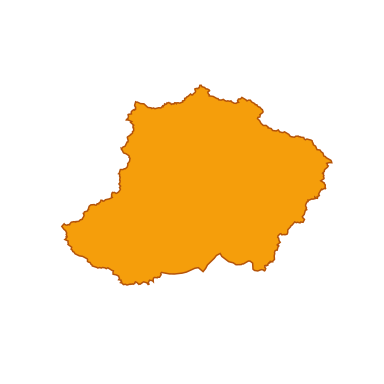 outline of Thayet, Magway, Myanmar, rotated 145°
{"feature_id": "60261553B17186200244276", "entity_name": "Thayet", "entity_type": "district", "adm_level": 2, "iso_a3": "MMR", "parent_name": "Myanmar", "parent_adm1": "Magway", "projection": "orthographic", "projection_center": [95.047, 19.416], "detail": "fine", "context": "isolated", "style": "filled", "palette": "amber", "viewbox_px": 384, "rotation_deg": 145, "n_neighbors": 0, "source": "geoboundaries", "source_scale": "gbopen_adm2", "svg_char_len": 6028}
<svg xmlns="http://www.w3.org/2000/svg" viewBox="0 0 384 384"><g transform="rotate(145 192 192)"><path d="M312.8,183.8L310.8,183.0L310.0,181.8L308.6,181.5L306.8,179.8L306.2,178.4L304.4,178.2L302.5,173.6L301.6,172.5L302.8,171.5L303.8,169.9L301.6,167.6L300.4,165.3L301.0,162.8L302.4,162.2L300.7,160.5L301.3,159.9L301.0,159.3L301.4,158.6L302.4,158.6L301.6,157.6L301.3,155.5L299.5,154.6L298.6,153.1L295.3,151.9L295.2,151.5L293.4,150.8L293.2,150.2L291.3,149.9L290.6,150.7L289.8,150.8L289.0,149.4L288.5,146.8L287.9,146.8L287.3,146.2L283.2,146.2L281.1,143.6L281.0,141.4L280.1,141.2L279.8,142.8L277.4,144.1L275.3,142.1L275.1,140.8L274.1,142.5L272.9,143.5L271.9,143.6L269.5,141.6L269.0,141.9L267.5,140.8L264.7,142.0L264.5,143.1L263.1,143.6L257.5,137.9L253.4,134.9L246.6,131.2L242.5,129.6L233.4,127.9L230.2,126.4L228.6,120.4L224.8,121.5L221.2,123.4L211.9,124.9L208.4,126.0L204.2,125.5L204.5,122.1L201.9,113.9L198.8,110.3L197.7,107.2L193.3,104.3L191.9,104.2L191.2,103.6L185.4,103.1L184.0,102.0L183.1,99.0L186.3,93.8L185.8,91.9L183.4,89.6L179.8,88.7L178.3,87.3L178.0,85.9L177.3,85.8L175.5,87.0L175.6,88.5L175.3,88.5L174.7,89.9L173.4,89.5L173.3,88.9L171.7,88.6L171.4,89.3L169.6,89.9L169.3,89.4L168.6,89.5L168.5,89.9L167.8,90.3L167.3,90.0L167.2,89.3L166.2,88.7L166.2,89.1L165.7,88.9L163.1,89.5L161.3,92.5L159.5,94.2L159.0,95.3L157.7,96.2L156.2,96.0L155.6,95.5L153.2,97.6L151.8,98.0L152.0,99.0L152.5,99.2L152.6,99.8L152.3,99.9L148.6,100.2L148.6,102.2L147.5,104.5L147.8,105.7L146.6,106.8L143.8,107.2L143.1,106.9L143.0,105.4L140.7,104.3L140.5,103.7L138.4,102.9L137.0,103.7L135.2,106.1L131.2,107.0L130.7,107.5L128.9,107.5L125.0,108.6L124.2,107.1L122.9,106.7L121.2,104.7L120.3,105.1L118.4,103.5L115.6,105.0L116.0,107.7L115.8,108.5L112.9,109.3L109.8,111.9L108.2,111.7L108.3,112.7L107.3,113.3L107.0,115.3L106.3,116.3L103.7,117.9L102.4,117.6L101.7,118.9L100.6,118.1L97.9,117.6L97.1,116.8L95.0,116.0L94.3,117.3L93.8,115.6L92.9,114.9L92.2,115.5L92.0,116.4L90.3,116.0L89.6,116.2L89.5,117.7L85.6,119.6L84.2,119.9L84.2,119.3L81.8,119.1L80.9,118.2L80.5,118.3L80.2,119.6L78.8,121.3L78.8,123.3L78.5,123.6L80.1,127.3L76.4,127.2L75.9,127.6L75.5,129.3L74.6,129.7L74.4,131.0L73.8,131.5L74.2,132.5L71.9,132.9L70.8,134.1L70.1,134.3L66.8,134.6L65.4,135.2L65.8,136.3L65.1,137.3L65.2,138.2L62.8,137.4L60.7,135.8L60.2,137.2L60.1,138.4L62.4,143.2L62.4,144.5L63.4,145.8L62.4,148.8L63.1,150.8L63.1,153.0L65.3,155.0L64.5,158.6L65.5,161.2L64.8,162.5L64.9,163.5L64.2,165.0L64.7,166.2L67.5,169.5L69.2,169.8L69.6,171.1L69.2,172.6L71.7,174.7L71.8,175.4L72.7,175.9L72.8,176.7L75.0,178.2L76.7,178.1L79.1,180.5L79.7,182.0L79.6,183.6L81.7,188.2L83.4,188.5L84.6,189.6L85.7,191.1L85.7,193.4L88.0,193.7L90.7,196.2L90.7,198.5L92.9,201.0L92.4,201.4L93.1,204.0L95.4,205.6L96.1,208.6L95.7,211.8L96.3,214.5L95.2,215.3L93.4,214.5L92.0,215.9L92.0,216.4L88.5,216.5L87.8,216.9L87.1,219.2L87.5,219.8L87.8,222.7L88.5,223.2L89.1,224.9L88.8,226.1L90.1,227.3L89.9,228.4L91.5,231.5L91.5,233.7L93.1,234.9L94.4,235.0L94.9,235.4L94.9,236.5L96.9,240.9L98.8,240.4L100.6,241.5L102.4,240.6L102.5,238.8L103.3,239.3L105.0,239.3L106.6,240.6L108.0,243.6L107.8,244.3L109.1,244.7L110.4,246.2L111.4,246.4L112.6,247.9L113.2,249.9L115.5,250.6L117.2,252.2L117.1,253.6L118.0,254.3L119.8,258.1L122.8,260.9L122.1,261.8L122.3,263.3L121.8,264.8L119.5,264.9L119.4,265.7L120.2,267.4L121.5,268.6L121.7,270.4L123.5,272.6L123.2,274.1L124.4,274.9L126.2,273.3L127.3,273.6L128.0,273.3L128.9,274.3L130.5,274.8L131.0,273.9L131.1,272.6L132.4,271.7L134.4,271.7L135.8,271.2L136.7,271.8L136.9,273.1L140.4,272.6L141.6,272.9L142.6,272.4L144.3,272.9L145.0,271.6L145.7,271.4L147.4,272.0L147.9,271.1L151.1,271.8L152.0,272.9L153.6,273.9L154.2,273.5L154.2,274.3L154.9,275.0L156.0,274.5L156.3,274.9L156.9,274.8L157.4,275.4L158.7,275.6L158.6,277.0L159.4,277.6L159.6,278.6L161.3,279.0L161.4,279.3L162.4,278.7L163.4,279.0L163.9,280.5L163.8,279.3L165.6,279.0L166.4,279.5L166.9,279.3L166.9,278.5L168.1,279.0L169.3,278.7L170.9,280.1L174.6,281.5L175.3,282.9L177.1,283.5L177.2,284.4L179.7,286.6L180.8,291.8L183.5,294.0L185.2,297.0L186.0,297.4L186.4,298.2L189.2,296.0L189.6,295.3L189.4,294.4L189.7,293.5L190.4,293.2L190.5,292.3L192.1,292.0L192.4,292.8L194.3,292.9L195.9,292.4L196.8,290.7L199.6,292.1L200.1,292.0L200.6,290.4L202.4,288.9L202.8,289.0L203.0,288.6L204.0,289.0L204.5,288.7L202.9,287.5L201.0,284.3L202.4,284.2L201.4,280.2L202.5,280.0L202.8,279.0L203.0,279.1L203.5,278.5L203.2,277.9L203.7,277.0L204.7,275.6L206.1,275.6L206.9,274.4L208.9,274.1L209.3,274.4L209.6,274.0L213.3,274.1L213.7,273.8L214.8,270.7L215.9,269.8L216.5,270.2L220.5,267.9L223.0,268.4L224.1,268.2L224.8,267.6L225.0,268.2L225.4,267.3L225.2,266.1L225.6,263.8L225.5,263.0L224.1,261.2L223.0,258.3L222.9,257.2L223.7,256.6L223.4,255.2L225.7,252.9L228.5,252.1L228.9,251.1L230.8,249.6L233.2,249.3L234.2,249.9L235.7,250.0L237.8,251.5L240.9,249.1L241.6,249.0L241.0,248.2L242.5,246.0L242.3,245.4L244.5,243.2L244.4,242.4L245.8,241.0L247.0,240.6L246.8,240.3L247.3,239.8L247.1,237.8L248.8,237.3L249.0,235.4L250.1,234.8L252.2,234.1L254.5,234.2L255.1,234.5L255.7,236.1L257.1,236.8L257.2,237.2L257.8,237.2L259.4,236.0L259.8,235.1L260.4,234.8L260.4,233.3L263.7,233.8L267.3,235.3L269.4,235.1L270.3,235.7L270.2,236.4L271.2,237.5L273.1,236.3L274.2,236.5L275.2,235.8L276.4,236.8L277.7,236.2L278.8,236.8L279.3,237.8L282.3,239.5L284.4,239.3L286.4,237.8L286.6,237.1L287.6,237.1L288.5,236.4L291.5,237.4L292.8,236.6L293.3,236.8L293.7,234.9L295.0,233.9L297.3,233.0L297.5,232.6L298.5,232.8L299.2,233.3L301.6,232.9L304.1,234.4L304.5,234.1L305.7,235.4L308.2,236.5L310.2,236.0L311.0,235.4L312.3,236.4L313.2,236.4L314.0,237.0L315.0,238.6L315.0,239.3L318.4,238.5L318.3,234.8L317.7,232.9L318.1,230.5L318.8,229.6L319.3,229.5L320.0,226.9L320.9,227.4L321.2,226.5L321.9,226.1L323.4,226.0L321.6,222.9L322.6,221.7L322.8,220.8L323.7,220.2L322.2,215.8L323.9,214.4L323.4,213.0L323.8,211.6L323.2,210.8L323.2,208.4L320.9,204.3L318.5,202.0L316.2,197.4L316.2,196.7L317.4,195.2L317.1,194.1L315.9,192.7L316.2,191.1L315.8,189.4L316.1,188.6L313.2,184.8L312.8,183.8Z" fill="#f59e0b" stroke="#b45309" stroke-width="1.5"/></g></svg>